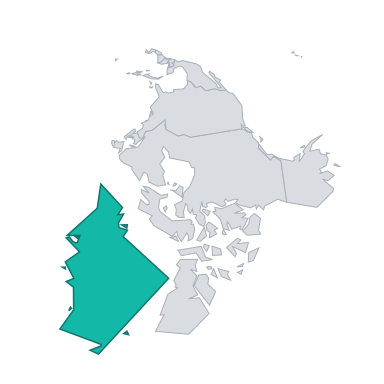 Greenland highlighted on a map of North America, rotated 172°
{"feature_id": "GRL", "entity_name": "Greenland", "entity_type": "country or territory", "adm_level": 0, "iso_a3": "GRL", "parent_name": "North America", "parent_adm1": "", "projection": "mercator", "projection_center": [-41.68, 71.708], "detail": "coarse", "context": "in_parent", "style": "filled", "palette": "teal", "viewbox_px": 384, "rotation_deg": 172, "n_neighbors": 17, "source": "natural_earth", "source_scale": "50m", "svg_char_len": 8886}
<svg xmlns="http://www.w3.org/2000/svg" viewBox="0 0 384 384"><g transform="rotate(172 192 192)"><path d="M133.5,247.6L128.3,243.5L124.9,242.3L124.2,237.7L119.2,231.6L120.1,226.3L109.9,212.7L106.2,215.9L99.6,210.7L99.6,168.6L108.0,172.9L121.8,168.2L123.6,164.4L128.1,169.8L130.6,166.2L130.8,170.3L136.1,168.1L147.7,172.9L150.3,175.5L147.6,178.0L151.0,179.0L157.6,177.6L159.6,180.5L161.7,178.0L159.8,175.9L161.0,174.2L164.7,173.4L173.5,179.2L179.2,178.6L178.9,175.4L180.6,174.6L183.5,176.3L183.5,181.0L187.0,172.0L182.8,166.5L183.0,160.3L185.2,156.0L189.6,159.6L192.1,166.0L190.5,168.7L193.9,169.8L193.9,175.1L196.4,171.0L198.7,174.4L198.1,178.1L199.9,181.4L203.2,173.5L203.3,167.7L208.7,168.9L211.3,171.5L210.0,176.8L211.1,181.8L202.9,184.5L200.0,192.6L193.6,197.6L187.0,208.5L186.2,215.7L188.9,216.3L190.7,222.3L209.4,228.8L209.7,234.8L213.8,241.1L216.3,237.0L214.0,230.4L220.1,224.2L216.4,216.3L218.6,212.4L217.2,202.9L225.2,202.4L233.1,207.8L233.7,215.7L236.8,218.4L242.5,210.6L248.4,222.7L247.7,224.9L256.0,230.5L259.0,234.8L259.1,238.3L251.0,244.0L239.1,244.0L230.3,253.7L241.6,246.9L243.3,248.3L241.5,250.2L242.7,255.2L245.1,256.6L248.2,256.2L250.1,253.1L251.4,256.1L241.0,262.3L239.6,262.2L239.5,260.0L242.8,257.8L237.7,258.2L236.5,253.0L233.8,251.9L229.5,258.5L223.3,258.5L209.1,267.1L207.8,266.3L209.7,262.3L208.9,257.6L198.0,249.5L191.9,250.0L185.9,246.5L133.5,247.6ZM206.2,202.3L207.6,200.5L210.1,200.5L207.9,203.5L206.2,202.3ZM214.1,150.6L212.1,144.8L220.7,150.4L216.7,150.1L214.1,150.6ZM214.3,205.6L213.8,202.6L215.0,203.5L214.3,205.6ZM188.2,135.9L187.2,138.6L182.2,136.3L185.9,131.0L188.2,135.9ZM187.8,115.8L183.4,115.5L182.9,113.1L186.7,113.2L187.8,115.8ZM178.8,103.5L184.6,107.8L181.3,112.9L178.8,103.5ZM214.0,136.3L190.4,136.9L187.7,125.8L181.6,122.3L192.0,122.1L196.5,131.2L211.5,130.4L214.0,136.3ZM152.5,111.1L157.8,111.6L150.9,114.0L152.5,111.1ZM154.7,103.7L158.2,106.0L152.8,107.9L154.7,103.7ZM259.3,240.8L257.0,245.2L263.3,246.9L262.7,248.9L264.0,248.5L264.8,251.7L264.0,254.1L261.9,253.7L261.8,251.1L259.7,253.5L258.1,251.4L252.4,251.5L256.0,242.6L259.3,240.8ZM202.6,188.3L210.7,196.0L213.5,197.1L207.8,195.5L203.3,199.9L200.1,197.9L202.6,188.3ZM212.3,155.2L217.7,150.9L234.6,164.1L238.0,171.4L234.6,173.8L247.6,183.0L243.7,191.6L238.5,185.3L236.1,185.8L235.8,188.5L242.3,198.5L241.7,201.4L234.6,197.0L239.5,204.4L234.5,202.8L223.3,193.0L216.4,193.4L217.6,190.2L224.9,189.5L227.4,181.0L226.2,177.1L215.6,166.1L197.4,164.8L195.9,162.8L197.8,160.2L195.2,160.1L194.6,154.1L197.9,145.8L202.8,144.1L201.4,148.3L202.9,152.3L209.3,144.4L212.5,151.1L212.3,155.2ZM183.7,146.5L190.4,142.1L194.0,143.7L184.8,155.2L183.7,146.5ZM133.5,127.4L140.5,115.9L146.0,114.7L144.3,124.1L133.5,127.4ZM114.4,234.4L116.9,232.2L116.3,235.7L117.9,238.2L114.4,234.4ZM166.0,99.2L174.7,104.2L176.9,112.4L166.6,108.1L168.4,105.3L166.0,99.2ZM132.3,249.0L128.3,248.1L123.2,242.4L128.1,243.8L132.3,249.0ZM129.7,140.7L143.4,141.5L147.2,146.2L140.3,152.3L138.0,159.2L133.1,162.0L127.8,156.3L131.5,144.9L129.7,140.7ZM158.3,121.9L165.6,132.2L153.4,139.9L150.3,137.7L154.2,134.6L143.1,134.1L147.4,124.5L159.3,132.3L156.6,124.9L158.3,121.9ZM160.5,148.7L166.1,151.4L167.9,161.5L174.2,169.3L171.1,169.7L171.7,173.7L165.1,171.4L151.4,174.8L143.8,167.3L153.0,165.0L142.8,164.0L141.8,162.0L146.1,159.6L140.0,158.2L147.8,147.3L149.8,148.5L148.8,151.5L157.7,149.6L160.9,157.6L161.9,155.1L160.5,148.7ZM175.4,151.2L173.4,147.0L181.2,144.3L179.9,149.4L182.7,152.1L182.4,157.6L179.3,159.9L171.6,152.4L175.4,151.2ZM163.9,145.4L166.4,145.1L167.8,146.6L166.2,150.8L163.9,145.4ZM171.5,125.6L180.5,126.3L179.7,135.7L171.6,131.6L171.5,125.6ZM182.4,90.2L190.4,77.5L202.8,98.9L196.8,109.0L189.6,108.5L187.6,104.6L189.1,98.4L182.4,90.2ZM192.0,69.3L215.0,51.6L247.6,59.1L236.7,74.4L240.8,74.4L230.1,94.1L219.4,99.0L222.0,100.3L220.7,102.0L222.3,106.8L214.1,118.5L217.6,122.1L212.6,126.9L195.9,124.5L199.1,118.8L198.2,112.5L204.3,115.7L198.8,108.2L204.1,98.8L200.7,89.2L210.2,86.8L199.4,86.2L192.0,69.3ZM222.6,180.2L219.3,181.9L218.8,179.5L221.3,176.0L222.6,180.2ZM179.6,166.3L184.4,171.8L183.2,173.6L176.6,170.3L179.6,166.3ZM242.6,245.1L245.7,245.5L247.7,247.3L244.3,246.4L242.6,245.1ZM243.5,253.1L244.2,254.4L247.3,254.7L245.7,256.0L243.3,254.8L243.5,253.1Z" fill="#d9dde1" stroke="#a8b0b8" stroke-width="1"/><path d="M133.5,247.6L185.9,246.5L191.9,250.0L198.0,249.5L208.9,257.6L208.6,267.1L223.3,258.5L229.5,258.5L233.8,251.9L236.5,253.0L238.0,259.1L232.1,262.0L230.8,265.4L232.4,267.2L225.4,269.0L228.7,269.0L225.0,269.4L223.2,273.8L222.0,272.5L222.9,275.1L221.2,277.9L220.5,273.3L220.5,275.9L219.3,275.5L221.6,281.8L211.2,291.0L213.5,300.8L212.9,304.3L210.5,302.9L206.7,294.3L204.1,294.9L201.7,293.3L195.7,293.8L196.1,295.9L186.2,295.3L181.6,298.8L180.9,302.9L178.1,301.8L174.5,295.5L168.9,295.7L164.1,290.3L155.6,291.2L148.7,288.2L144.2,288.6L141.6,285.2L137.7,283.9L130.6,270.5L131.6,257.2L130.1,249.9L133.0,250.3L134.0,252.9L133.5,247.6ZM99.6,168.6L99.6,210.7L106.2,215.9L109.9,212.7L120.1,226.3L119.1,230.0L112.5,218.7L107.8,218.4L101.7,213.6L88.1,208.5L86.1,209.3L86.5,212.0L79.5,215.0L81.6,207.0L75.2,214.3L76.6,216.1L74.8,218.6L67.0,226.0L54.8,230.7L66.5,222.6L69.6,215.9L60.4,216.7L59.3,211.9L54.0,210.0L52.6,206.1L53.3,203.9L55.5,199.5L62.6,196.9L61.2,194.2L62.6,192.5L54.8,194.0L48.9,188.6L55.7,184.4L60.9,186.5L51.4,175.7L52.4,173.0L70.4,159.4L99.6,168.6ZM42.1,196.8L44.4,197.2L47.8,198.9L46.2,200.2L42.1,196.8ZM71.4,315.4L73.8,315.8L72.1,317.0L71.4,315.4ZM70.4,312.8L70.7,313.7L70.2,313.0L70.4,312.8ZM69.2,312.4L70.0,312.7L69.0,312.6L69.2,312.4ZM67.5,312.2L68.4,312.2L68.3,312.3L67.5,312.2ZM64.8,310.3L65.0,311.0L64.4,310.7L64.8,310.3ZM50.1,211.1L53.4,210.8L53.6,212.2L50.1,211.1ZM74.0,221.0L78.7,220.6L74.3,222.6L74.0,221.0Z" fill="#d9dde1" stroke="#a8b0b8" stroke-width="1"/><path d="M229.2,315.4L229.2,318.7L224.0,318.1L228.0,317.4L226.4,315.0L229.2,315.4Z" fill="#d9dde1" stroke="#a8b0b8" stroke-width="1"/><path d="M229.7,319.5L229.4,315.0L235.5,317.6L231.1,317.9L229.7,319.5Z" fill="#d9dde1" stroke="#a8b0b8" stroke-width="1"/><path d="M215.7,301.7L217.7,300.9L217.7,301.4L215.7,301.7ZM217.8,300.4L219.3,301.4L218.9,302.9L218.6,301.5L217.8,300.4ZM216.6,305.6L217.6,304.3L218.3,307.2L216.6,305.6Z" fill="#d9dde1" stroke="#a8b0b8" stroke-width="1"/><path d="M144.2,288.6L148.7,288.2L155.6,291.2L164.1,290.3L168.9,295.7L173.1,294.6L178.1,301.8L181.6,302.9L180.2,309.9L183.9,317.1L186.7,318.5L192.3,317.0L194.4,312.8L200.5,311.7L199.0,318.2L193.1,319.1L192.2,320.2L194.1,322.5L191.7,322.5L190.8,325.5L187.7,322.8L182.7,323.3L169.7,318.2L166.0,314.9L165.0,309.2L153.4,296.4L151.7,291.6L148.3,291.1L158.7,308.0L157.8,309.1L153.5,305.2L153.2,302.6L148.1,299.0L149.8,297.2L144.2,288.6Z" fill="#d9dde1" stroke="#a8b0b8" stroke-width="1"/><path d="M218.6,336.7L217.6,339.4L215.3,336.1L212.0,339.5L208.3,337.8L208.2,335.2L211.0,336.5L215.5,335.0L218.6,336.7Z" fill="#d9dde1" stroke="#a8b0b8" stroke-width="1"/><path d="M208.9,335.0L208.1,337.6L203.1,334.3L202.5,332.5L206.8,332.4L208.9,335.0Z" fill="#d9dde1" stroke="#a8b0b8" stroke-width="1"/><path d="M206.8,332.4L203.0,332.1L199.3,328.6L204.4,325.0L207.8,324.6L206.8,332.4Z" fill="#d9dde1" stroke="#a8b0b8" stroke-width="1"/><path d="M207.8,324.6L204.4,325.0L200.0,328.5L196.2,325.7L198.9,322.9L204.3,322.7L207.8,324.6Z" fill="#d9dde1" stroke="#a8b0b8" stroke-width="1"/><path d="M196.2,325.7L199.2,327.0L198.9,328.2L194.8,327.1L196.2,325.7Z" fill="#d9dde1" stroke="#a8b0b8" stroke-width="1"/><path d="M190.8,325.5L191.7,322.5L194.1,322.5L192.2,320.2L193.1,319.1L196.6,319.1L196.4,322.9L198.3,323.2L196.2,325.7L194.8,327.1L190.8,325.5Z" fill="#d9dde1" stroke="#a8b0b8" stroke-width="1"/><path d="M196.6,319.1L198.5,318.1L197.0,322.9L196.4,322.9L196.6,319.1Z" fill="#d9dde1" stroke="#a8b0b8" stroke-width="1"/><path d="M237.8,317.7L240.6,318.3L237.6,318.9L237.8,317.7Z" fill="#d9dde1" stroke="#a8b0b8" stroke-width="1"/><path d="M216.8,318.3L219.5,318.0L220.8,319.0L216.8,318.3Z" fill="#d9dde1" stroke="#a8b0b8" stroke-width="1"/><path d="M209.4,308.4L216.7,309.8L224.5,314.2L217.9,315.1L219.1,314.0L216.0,311.6L210.3,309.5L204.3,311.0L209.4,308.4Z" fill="#d9dde1" stroke="#a8b0b8" stroke-width="1"/><path d="M247.4,334.0L249.4,332.6L249.3,334.0L247.4,334.0Z" fill="#d9dde1" stroke="#a8b0b8" stroke-width="1"/><path d="M307.2,44.5L315.0,49.5L303.4,52.3L303.4,53.8L341.9,74.7L325.6,91.8L322.6,114.2L329.0,120.9L321.0,122.9L327.2,140.4L311.7,148.4L323.0,164.1L319.6,164.5L317.3,160.1L314.9,158.1L312.6,157.8L308.9,164.6L321.7,166.4L288.1,189.1L281.2,212.6L263.0,186.3L268.6,179.8L262.8,179.7L269.2,171.5L269.2,166.9L261.3,163.1L266.4,157.4L227.1,109.8L307.2,44.5ZM261.6,165.3L266.2,169.2L260.6,168.6L261.6,165.3ZM311.6,161.9L314.2,164.5L310.8,164.3L311.6,161.9ZM279.3,61.3L275.8,63.2L274.7,59.6L279.3,61.3ZM330.6,91.6L328.4,94.9L327.5,93.5L330.6,91.6ZM328.0,133.4L330.7,135.5L327.9,135.2L328.0,133.4Z" fill="#14b8a6" stroke="#0f766e" stroke-width="1.5"/></g></svg>